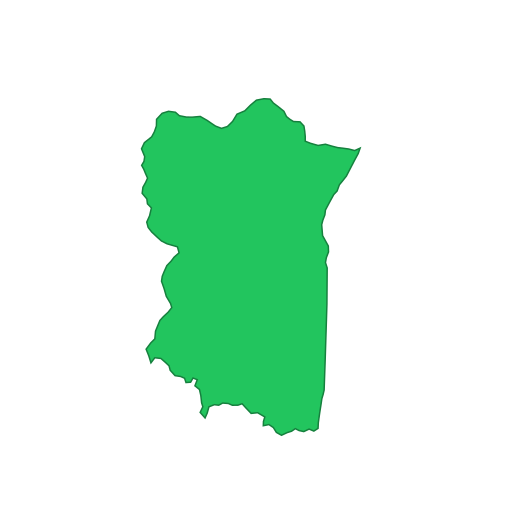 outline of Irapuã, São Paulo, Brazil, rotated 227°
{"feature_id": "56859067B51888643984498", "entity_name": "Irapuã", "entity_type": "district", "adm_level": 2, "iso_a3": "BRA", "parent_name": "Brazil", "parent_adm1": "São Paulo", "projection": "orthographic", "projection_center": [-49.395, -21.274], "detail": "fine", "context": "isolated", "style": "filled", "palette": "green", "viewbox_px": 512, "rotation_deg": 227, "n_neighbors": 0, "source": "geoboundaries", "source_scale": "gbopen_adm2", "svg_char_len": 2108}
<svg xmlns="http://www.w3.org/2000/svg" viewBox="0 0 512 512"><g transform="rotate(227 256 256)"><path d="M262.8,112.1L256.1,109.5L249.5,106.3L250.6,112.6L245.9,116.6L239.8,117.2L235.0,117.5L230.9,115.3L223.7,115.2L219.3,118.7L215.3,120.4L211.2,118.5L208.3,122.1L209.7,126.7L205.6,128.7L202.7,122.8L196.9,123.6L191.6,120.5L185.7,116.1L182.0,114.3L179.7,108.5L172.3,108.3L174.4,113.2L177.8,118.7L175.7,124.1L172.3,127.0L171.2,131.3L167.0,135.2L163.0,136.9L159.2,141.1L157.4,145.1L151.1,145.0L144.2,145.1L140.3,150.3L132.3,152.7L129.9,148.6L126.9,145.6L123.9,150.5L118.7,151.7L113.1,150.6L107.5,152.4L105.6,158.3L103.6,162.5L102.9,167.0L98.9,168.5L95.0,171.2L93.2,176.8L88.5,178.9L87.6,183.8L91.6,187.9L98.0,195.8L103.8,203.2L106.7,206.8L109.0,210.7L111.5,214.4L132.1,235.0L161.1,263.8L172.4,275.0L198.7,299.9L203.8,302.3L206.8,306.3L209.5,311.8L214.0,315.7L225.5,318.6L229.8,322.0L234.1,325.4L236.6,329.3L239.1,334.4L242.3,338.2L245.2,346.6L247.9,354.8L248.2,359.6L251.2,365.5L251.8,370.0L252.8,376.6L255.8,385.0L259.0,394.0L261.2,400.6L263.9,405.7L265.8,400.1L271.0,396.8L275.9,392.8L279.5,389.7L284.5,386.5L290.4,383.0L294.5,376.8L301.3,372.7L306.4,370.3L309.8,373.5L314.1,376.8L318.4,379.7L324.1,379.7L328.8,375.1L332.9,374.0L337.2,373.4L342.8,375.1L350.5,374.0L356.1,373.0L361.1,373.4L365.6,369.1L369.7,362.6L370.1,355.0L369.8,346.8L372.7,338.8L370.4,330.7L370.2,323.4L372.9,317.8L378.6,315.0L382.8,314.0L388.3,312.8L396.1,310.4L401.0,304.1L405.0,299.9L410.9,295.6L416.1,295.1L421.5,290.7L424.4,284.7L423.8,276.5L419.0,271.8L416.1,266.3L414.3,261.0L415.0,251.7L412.5,245.4L404.6,242.4L401.6,238.6L400.3,234.2L396.0,233.1L391.5,231.4L386.9,229.8L385.1,225.5L383.4,220.2L379.5,215.5L372.2,215.1L368.2,212.2L362.5,212.3L358.0,205.6L355.3,199.2L350.4,196.6L344.5,196.1L337.0,196.6L331.5,197.1L325.7,199.2L316.3,204.8L310.8,201.9L311.0,195.3L310.1,190.2L309.8,184.3L307.1,177.9L305.1,173.6L302.0,169.7L294.7,166.5L287.7,162.9L279.5,161.1L275.7,159.2L274.8,153.4L274.8,146.8L274.4,141.8L272.1,136.7L269.6,131.3L264.4,125.5L264.2,119.7L262.8,112.1Z" fill="#22c55e" stroke="#15803d" stroke-width="1.5"/></g></svg>